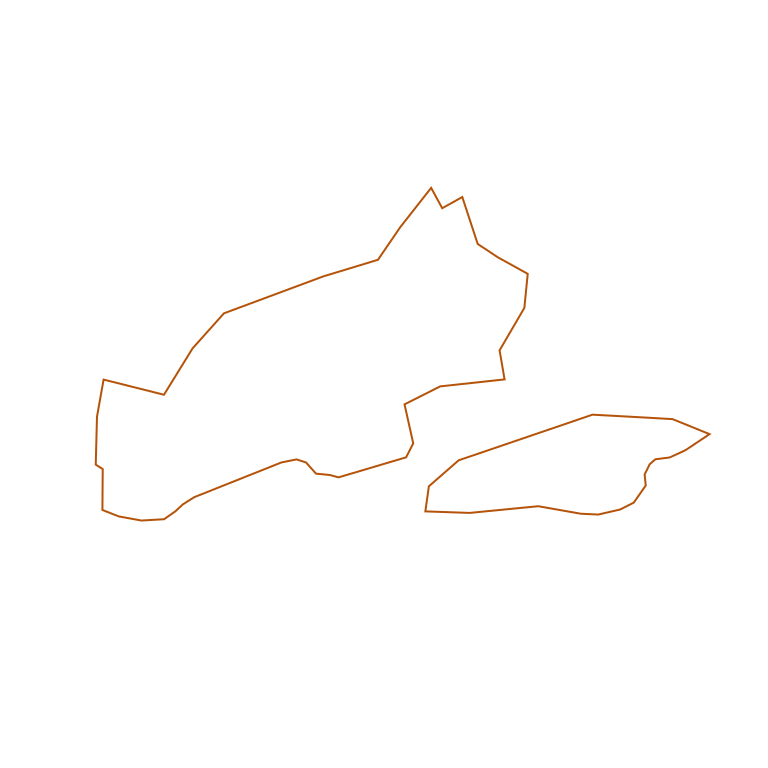 Olaines, Robinson projection, rotated 346°
{"feature_id": "LVA-5772", "entity_name": "Olaines", "entity_type": "Municipality", "adm_level": 1, "iso_a3": "LVA", "parent_name": "Latvia", "parent_adm1": "", "projection": "robinson", "projection_center": [24.009, 56.777], "detail": "fine", "context": "isolated", "style": "outline", "palette": "amber", "viewbox_px": 768, "rotation_deg": 346, "n_neighbors": 0, "source": "natural_earth", "source_scale": "10m", "svg_char_len": 846}
<svg xmlns="http://www.w3.org/2000/svg" viewBox="0 0 768 768"><g transform="rotate(346 384 384)"><path d="M477.2,205.1L483.0,227.5L505.2,221.5L508.8,270.8L524.9,288.4L550.1,311.9L538.6,344.1L504.3,379.3L502.1,408.7L438.0,399.9L399.0,408.7L398.0,448.7L387.7,460.5L317.4,463.6L309.4,459.2L296.3,454.5L289.4,441.3L280.9,436.0L265.5,435.3L172.5,447.9L159.6,452.2L150.7,457.1L137.9,462.0L115.6,457.8L94.6,448.3L80.3,438.1L90.5,398.5L84.8,392.5L97.6,346.3L113.0,311.9L167.9,341.2L206.9,303.1L245.8,276.7L351.0,264.9L408.2,262.0L437.9,235.6L477.2,205.1ZM687.7,511.4L660.3,521.2L643.4,524.4L629.1,522.7L622.3,526.2L615.0,534.9L613.4,545.8L597.7,559.5L582.8,562.9L560.3,562.5L543.6,557.5L504.1,539.9L435.9,529.8L393.3,517.6L402.8,494.1L438.0,476.1L578.9,464.2L633.4,481.0L655.5,487.9L687.7,511.4Z" fill="none" stroke="#b45309" stroke-width="2"/></g></svg>